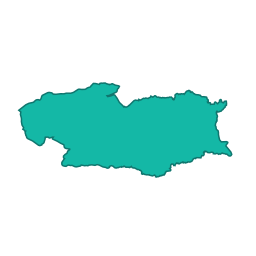 outline of Kaniama, Katanga, Democratic Republic of the Congo, rotated 75°
{"feature_id": "63176286B16885288794784", "entity_name": "Kaniama", "entity_type": "district", "adm_level": 2, "iso_a3": "COD", "parent_name": "Democratic Republic of the Congo", "parent_adm1": "Katanga", "projection": "mercator", "projection_center": [24.189, -7.846], "detail": "fine", "context": "isolated", "style": "filled", "palette": "teal", "viewbox_px": 256, "rotation_deg": 75, "n_neighbors": 0, "source": "geoboundaries", "source_scale": "gbopen_adm2", "svg_char_len": 5847}
<svg xmlns="http://www.w3.org/2000/svg" viewBox="0 0 256 256"><g transform="rotate(75 128 128)"><path d="M180.3,34.6L177.7,34.9L170.7,38.1L170.0,37.7L168.1,35.4L167.5,35.4L166.7,36.3L165.5,41.5L163.2,42.6L159.8,42.5L157.6,42.3L155.7,41.8L154.0,41.7L152.1,43.0L149.2,42.7L148.4,43.1L146.0,42.1L145.3,41.3L144.6,41.1L144.3,40.2L144.0,40.1L143.7,40.3L143.3,40.3L142.8,39.8L142.2,39.9L141.4,39.4L140.8,39.4L140.5,38.9L140.0,38.6L138.7,38.5L138.2,38.9L137.7,38.9L137.4,38.7L136.7,38.8L136.4,38.7L136.2,38.4L135.6,38.6L134.8,37.8L135.0,37.4L135.7,37.0L135.9,36.5L136.0,36.0L135.7,35.1L135.9,33.9L134.9,32.3L134.7,31.4L134.0,30.8L133.0,28.8L131.9,28.4L131.6,27.1L130.7,27.0L130.5,26.6L127.6,26.1L127.3,26.3L127.4,26.8L127.2,27.7L127.2,28.1L128.4,29.1L128.4,29.4L127.4,30.6L124.9,30.7L124.5,31.0L124.8,32.3L125.1,32.5L126.5,32.4L126.7,33.8L127.8,35.1L127.5,35.5L125.6,36.7L125.5,37.1L125.7,37.6L126.1,38.0L127.3,38.6L126.7,41.1L126.6,42.2L125.1,41.9L124.8,42.2L124.5,44.0L124.3,44.3L123.6,44.5L123.7,43.7L123.1,43.5L122.2,43.6L121.9,43.3L121.3,43.4L120.2,44.2L119.5,44.0L118.6,44.1L118.1,44.8L118.0,45.7L117.5,46.3L116.9,48.6L116.4,49.1L114.9,49.9L114.8,50.6L114.4,50.9L113.1,54.3L112.2,54.9L111.8,55.6L109.8,56.6L109.7,56.9L110.1,57.8L109.7,58.4L109.3,58.5L108.7,58.1L107.4,59.4L107.7,60.1L107.5,61.2L107.8,62.2L110.0,65.0L109.4,65.3L109.2,65.7L109.3,66.3L108.6,67.9L109.1,68.6L108.5,69.3L108.8,70.3L107.8,70.9L107.5,71.4L107.4,71.9L107.9,73.5L108.3,74.0L109.1,74.3L110.2,74.4L111.0,74.9L111.1,75.6L111.6,76.1L112.5,76.0L112.6,76.6L111.9,77.4L110.6,77.4L109.3,78.2L109.3,78.6L108.9,79.9L109.1,81.1L108.8,81.7L108.5,84.7L108.0,85.2L107.9,86.1L107.5,86.6L107.7,87.6L106.8,89.1L107.0,89.4L106.8,89.8L106.1,90.3L105.9,91.9L105.0,92.4L104.0,93.2L103.8,93.8L104.6,95.8L104.5,96.3L104.3,96.3L103.7,96.9L103.1,97.7L104.1,98.3L104.2,98.7L104.2,99.6L104.7,100.9L103.6,103.2L103.8,104.2L103.3,105.4L104.1,108.0L104.2,108.7L104.0,109.2L103.2,110.1L104.2,110.4L104.4,110.6L103.9,111.2L103.5,112.6L103.0,113.4L103.0,114.1L103.2,115.2L106.0,120.2L106.5,120.7L106.4,121.4L107.0,122.2L107.2,123.0L107.4,124.3L107.1,125.0L106.3,125.8L106.7,126.5L105.0,127.3L101.1,129.7L96.3,130.9L92.7,132.3L92.2,133.2L92.6,136.4L92.4,139.5L91.4,139.9L91.7,137.6L91.3,136.2L91.3,135.2L90.3,130.1L89.9,129.3L88.1,128.3L87.4,127.7L87.1,126.9L85.5,125.5L84.8,126.2L83.3,129.2L81.2,131.6L81.1,132.0L81.4,133.3L81.2,134.1L81.4,134.6L80.9,135.0L80.9,135.5L80.2,136.2L80.2,136.7L78.5,138.6L78.6,139.4L78.2,140.2L78.2,141.0L77.6,142.5L77.9,143.2L77.7,143.7L78.5,144.5L76.7,147.7L76.0,149.8L76.1,150.2L76.8,151.1L77.5,152.6L78.3,153.3L78.7,154.2L78.6,155.2L78.8,157.0L79.6,159.2L78.8,162.7L77.8,165.3L77.8,166.2L79.5,171.5L79.6,174.3L78.4,178.6L78.4,181.0L77.5,184.2L76.8,188.9L76.2,190.6L76.3,190.8L76.0,191.4L74.7,192.2L74.2,192.8L73.2,195.0L73.1,196.5L74.3,202.3L75.0,203.1L77.2,204.4L78.2,205.9L78.2,206.3L77.5,207.1L77.3,207.6L77.1,209.4L78.1,211.7L78.7,212.5L78.5,217.3L79.1,220.6L82.6,228.9L84.7,227.4L87.1,228.4L90.7,228.4L92.3,228.7L94.2,229.3L96.4,229.5L97.8,229.6L100.7,228.7L102.0,229.9L103.3,228.6L104.0,228.6L104.4,228.3L104.6,227.7L105.4,228.4L106.2,228.6L108.2,228.5L108.7,228.6L109.3,228.3L111.2,228.3L112.4,227.5L115.7,223.6L121.5,218.9L122.2,217.7L122.1,216.0L122.0,215.6L121.5,215.5L120.8,213.5L120.3,212.9L116.9,210.8L115.8,210.5L115.5,210.3L116.1,207.6L117.3,206.6L117.4,205.0L117.3,203.4L117.5,202.7L118.0,203.5L119.1,203.7L122.5,199.7L125.3,197.0L127.3,194.6L127.7,194.3L130.0,194.5L130.8,194.2L131.8,193.1L133.2,189.8L133.8,189.9L134.7,192.2L136.6,193.5L137.3,195.7L138.4,197.5L139.4,197.9L140.1,197.9L140.9,197.6L141.1,197.3L144.0,200.7L145.7,201.3L147.2,201.0L148.2,199.7L149.0,197.8L148.4,195.9L148.5,194.8L149.3,193.4L149.6,191.7L151.4,189.6L151.9,188.7L152.2,187.7L152.4,183.8L152.2,183.3L151.7,183.0L151.7,182.7L153.3,179.5L153.4,178.1L154.1,176.5L153.8,175.3L154.2,172.6L155.5,169.6L155.5,168.6L155.3,168.1L155.5,167.0L156.4,165.4L159.1,162.3L160.4,159.5L160.9,159.2L161.4,158.4L161.6,157.4L161.3,156.2L160.7,156.2L160.5,155.5L160.1,155.2L160.1,153.7L161.3,152.0L162.0,151.8L163.2,150.8L163.7,149.2L163.5,148.5L163.8,147.7L163.5,146.2L163.6,145.4L164.1,144.5L163.6,144.2L164.3,143.0L163.8,141.8L164.1,141.2L165.1,140.7L165.2,140.0L165.6,139.5L165.8,138.1L166.7,136.6L166.6,136.2L166.2,136.0L166.3,135.2L166.0,134.7L167.2,134.3L168.0,133.3L168.1,132.3L170.0,130.1L170.5,129.8L170.9,128.4L171.8,127.7L172.2,126.8L174.2,126.0L174.7,126.4L175.0,126.3L175.7,126.7L176.2,126.3L176.5,125.7L176.2,124.8L177.0,124.2L178.1,122.0L178.2,121.1L178.6,120.6L178.6,119.6L179.2,119.3L180.6,116.8L180.4,114.4L181.0,114.2L181.7,113.6L182.3,113.9L182.8,112.9L182.6,112.3L182.9,111.2L182.7,110.0L182.3,109.6L182.7,109.0L182.4,108.2L182.8,107.8L182.4,106.4L182.7,105.7L182.2,105.4L182.2,104.9L182.4,104.8L181.9,104.2L181.4,104.0L181.1,103.5L180.5,103.3L180.3,102.6L179.8,102.2L180.3,98.2L179.7,97.5L179.2,97.5L178.2,98.2L177.8,98.3L177.6,97.3L177.1,96.8L176.2,96.8L174.8,96.3L174.1,95.1L174.7,93.6L176.0,93.6L176.0,93.0L176.5,92.4L175.3,91.6L174.4,90.1L174.5,89.9L174.9,89.9L175.0,89.5L174.9,88.8L175.5,88.7L175.9,87.7L175.1,85.6L175.4,85.1L175.3,84.6L175.9,83.6L175.2,83.5L176.0,82.4L176.0,81.8L176.6,81.6L176.7,81.2L176.5,80.3L176.6,79.4L176.2,78.9L177.0,76.9L176.7,76.2L176.8,75.2L176.5,74.7L175.7,74.1L175.5,73.5L174.7,72.9L174.5,71.1L175.0,70.8L175.0,70.5L174.5,69.9L174.4,69.3L175.7,65.3L175.0,64.9L174.6,64.4L173.7,63.8L174.2,62.5L173.9,61.9L173.3,61.4L172.6,61.1L171.5,61.5L170.8,60.9L171.2,60.1L171.0,59.8L170.4,59.7L170.7,58.7L171.4,58.2L171.7,57.7L172.4,57.3L173.1,55.2L172.9,54.3L173.0,53.5L173.7,52.1L174.3,51.9L174.9,52.2L175.6,50.4L175.4,49.3L175.9,48.0L176.9,47.2L176.7,46.1L177.2,45.3L176.6,44.0L176.7,43.2L177.2,42.8L178.0,40.9L178.6,40.3L178.8,39.3L180.8,38.0L181.3,37.2L181.5,36.1L181.1,35.4L180.3,34.6Z" fill="#14b8a6" stroke="#0f766e" stroke-width="1.5"/></g></svg>